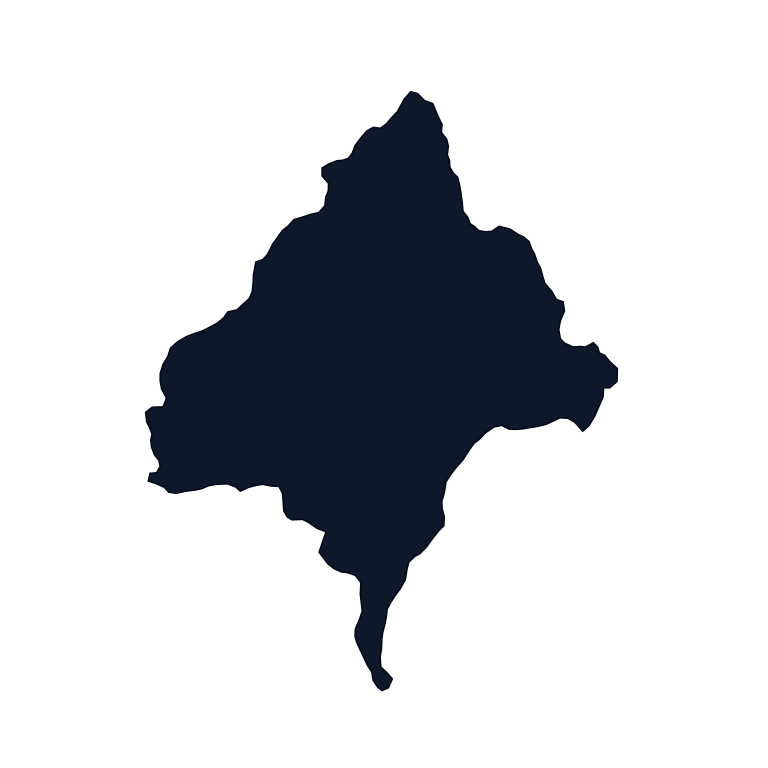 outline of Tabapuã, São Paulo, Brazil, rotated 27°
{"feature_id": "56859067B57595974254301", "entity_name": "Tabapuã", "entity_type": "district", "adm_level": 2, "iso_a3": "BRA", "parent_name": "Brazil", "parent_adm1": "São Paulo", "projection": "natural_earth1", "projection_center": [-49.021, -20.938], "detail": "fine", "context": "isolated", "style": "filled", "palette": "ink", "viewbox_px": 768, "rotation_deg": 27, "n_neighbors": 0, "source": "geoboundaries", "source_scale": "gbopen_adm2", "svg_char_len": 2846}
<svg xmlns="http://www.w3.org/2000/svg" viewBox="0 0 768 768"><g transform="rotate(27 384 384)"><path d="M511.6,236.9L506.2,229.4L499.2,230.4L491.7,225.4L486.6,223.3L481.7,221.3L477.5,217.0L470.9,209.7L465.5,206.1L458.9,199.7L454.3,196.6L448.4,191.2L441.8,189.6L435.9,189.8L425.7,188.8L415.0,191.2L410.5,199.3L405.0,202.4L398.8,204.3L393.7,202.8L387.9,202.0L383.2,197.6L376.0,194.2L371.2,186.6L365.8,178.8L360.9,172.3L355.7,166.3L349.8,164.5L344.2,160.9L341.0,155.3L336.4,151.0L333.3,142.8L328.7,137.4L320.8,133.7L317.9,126.3L313.1,122.9L307.6,118.4L300.2,112.1L291.4,113.1L282.2,110.0L275.1,111.4L272.6,121.2L272.3,135.0L269.7,143.8L268.2,150.6L264.7,157.8L258.0,160.1L253.8,166.3L251.8,174.3L250.0,184.4L250.9,193.0L249.8,199.1L245.8,203.2L240.7,206.5L235.3,212.5L230.7,219.6L234.4,226.8L243.5,230.4L246.7,237.3L247.3,244.0L250.4,252.1L248.0,260.9L241.0,266.7L235.1,272.8L229.1,278.4L226.9,286.6L223.8,293.4L222.5,302.1L221.3,309.7L221.3,321.4L219.6,328.0L214.4,333.6L218.0,345.8L221.1,352.5L224.7,361.7L225.1,369.2L222.4,376.2L219.3,384.7L212.0,390.8L211.1,397.8L208.0,405.1L204.2,410.7L200.5,415.9L196.9,420.5L192.6,424.7L186.8,431.0L180.9,439.9L177.5,449.0L178.9,458.1L178.2,466.6L179.8,476.1L182.9,482.5L188.0,489.3L196.6,495.4L197.5,504.7L188.0,509.9L184.4,517.4L189.7,525.4L194.8,529.2L200.0,533.9L201.7,540.1L205.9,546.1L211.9,551.5L218.0,554.2L221.9,558.9L221.7,566.3L216.0,569.8L218.0,577.5L226.2,576.2L235.0,575.8L241.3,578.1L248.4,575.8L255.8,569.7L263.7,564.3L268.9,560.2L274.0,554.2L280.3,549.4L290.0,544.0L298.6,543.1L304.6,544.7L309.7,538.2L314.8,533.5L321.3,528.5L329.9,526.1L336.8,523.0L343.2,527.4L352.4,542.7L358.1,546.4L363.7,546.8L372.9,541.6L379.4,541.6L389.7,543.0L399.4,542.0L402.5,563.4L410.2,567.1L415.6,569.7L423.3,571.2L431.5,570.8L436.6,568.8L445.2,567.5L453.5,571.4L458.4,582.2L467.7,596.2L468.8,603.3L469.7,615.1L472.6,621.8L476.9,626.5L483.9,632.1L491.0,637.5L496.8,642.1L503.9,646.2L508.8,652.9L516.2,657.1L521.5,658.0L525.9,652.6L525.3,642.9L519.0,640.4L509.6,637.5L504.5,629.0L501.9,620.9L497.9,612.3L495.7,606.0L493.7,597.1L491.7,590.1L489.1,583.3L489.1,576.8L489.9,568.0L491.4,559.3L491.9,548.8L488.6,538.6L487.0,531.6L489.7,523.7L493.1,518.7L495.7,510.5L497.6,498.8L499.6,489.3L501.6,483.1L498.3,475.3L492.6,468.9L488.8,462.5L487.0,453.1L483.7,443.3L484.6,434.5L486.1,425.9L488.8,415.5L490.0,403.4L491.2,395.9L494.0,390.2L496.6,381.4L501.6,372.3L507.7,367.4L515.6,367.5L521.9,364.7L527.8,361.1L533.0,357.2L539.0,352.9L546.7,346.4L550.7,341.4L556.1,334.3L563.4,331.0L571.5,331.5L582.5,335.8L585.6,327.8L586.3,317.0L585.8,307.7L585.1,296.1L581.4,287.6L586.9,284.9L590.5,275.8L584.9,264.3L574.9,261.5L567.8,258.3L561.8,258.5L557.8,254.2L551.8,252.1L546.7,259.6L541.8,261.5L535.6,265.2L525.9,265.6L520.3,263.3L515.0,256.1L512.5,247.7L511.6,236.9Z" fill="#0f172a" stroke="#020617" stroke-width="1.5"/></g></svg>